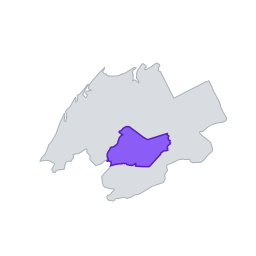 Ogooué-Lolo on a map of Gabon (Equal Earth projection), rotated 63°
{"feature_id": "GAB-2628", "entity_name": "Ogooué-Lolo", "entity_type": "Province", "adm_level": 1, "iso_a3": "GAB", "parent_name": "Gabon", "parent_adm1": "", "projection": "equal_earth", "projection_center": [12.559, -0.822], "detail": "fine", "context": "in_parent", "style": "filled", "palette": "violet", "viewbox_px": 256, "rotation_deg": 63, "n_neighbors": 0, "source": "natural_earth", "source_scale": "10m", "svg_char_len": 5795}
<svg xmlns="http://www.w3.org/2000/svg" viewBox="0 0 256 256"><g transform="rotate(63 128 128)"><path d="M166.0,38.7L165.9,40.8L164.1,45.9L163.3,49.9L163.1,54.1L163.6,57.5L164.4,60.0L165.0,62.6L164.6,64.4L163.7,65.2L164.3,66.2L165.6,66.4L167.8,65.6L171.1,64.2L175.6,62.1L178.5,61.0L183.3,61.7L185.8,62.5L187.1,63.9L188.6,70.0L189.3,70.9L190.4,73.5L191.4,76.6L191.6,78.2L191.5,79.3L190.5,81.0L189.4,83.5L189.0,84.9L188.1,86.1L187.0,87.1L183.7,87.6L183.3,88.2L182.4,90.9L180.7,93.1L179.9,95.2L179.2,98.0L179.3,101.5L179.0,106.5L178.7,109.9L179.5,111.0L183.3,111.9L184.1,112.5L185.1,114.6L186.4,116.6L189.9,117.8L191.3,119.3L192.4,121.0L192.5,122.3L191.7,127.8L191.0,133.0L191.3,137.0L191.5,140.7L192.0,146.3L191.8,149.6L190.8,151.7L190.8,153.3L191.2,155.2L190.4,160.6L189.8,161.5L188.2,162.5L187.4,164.0L187.1,166.2L186.3,169.3L185.4,170.5L185.4,171.9L186.3,173.0L186.2,174.6L184.7,176.5L183.7,178.0L181.6,178.7L179.3,177.9L178.7,176.8L179.3,175.2L179.1,173.8L178.2,172.4L177.0,168.8L175.8,168.1L175.2,169.6L173.3,172.3L169.8,175.8L167.4,176.1L163.0,175.0L159.3,173.3L157.5,169.2L156.4,165.8L154.8,161.9L153.1,160.0L151.2,158.8L150.3,158.7L147.6,160.9L146.8,161.8L146.8,163.6L147.0,165.3L147.5,166.2L147.8,167.3L147.7,169.0L147.3,171.3L147.1,173.8L138.6,176.3L137.1,175.4L136.0,174.3L134.7,174.5L131.0,175.8L129.7,174.9L128.3,174.2L127.7,174.8L127.6,175.9L128.3,181.8L128.1,184.1L127.2,187.1L126.8,189.1L129.1,189.6L129.9,190.6L130.7,192.1L131.8,193.5L131.8,194.3L130.6,195.9L130.2,197.8L130.8,199.3L132.3,200.9L134.6,202.5L135.7,203.6L135.5,204.5L134.5,206.6L134.1,208.4L133.4,210.0L133.5,211.4L134.6,212.8L134.4,214.0L133.8,214.9L132.4,214.7L131.2,214.9L130.1,214.5L126.8,209.8L126.1,209.6L121.2,213.3L120.0,214.8L119.1,216.9L117.7,221.5L115.5,218.8L113.6,213.9L111.4,210.9L106.8,206.0L105.6,202.4L100.2,194.4L92.6,186.4L87.1,179.5L86.3,178.0L87.2,178.2L92.5,181.6L93.2,181.2L93.9,180.5L91.6,178.6L89.4,177.2L87.3,176.3L85.2,176.4L84.1,175.0L83.3,172.7L83.0,170.8L82.0,168.8L79.1,164.7L78.4,163.2L76.8,161.0L77.8,160.7L80.9,162.8L81.2,162.0L80.9,160.7L77.8,158.8L76.1,158.7L75.7,157.3L75.9,155.7L73.6,149.7L71.3,145.2L70.9,143.1L77.2,152.8L78.1,153.0L79.2,152.9L81.8,151.8L81.3,150.5L80.1,149.1L79.0,149.8L77.5,149.9L76.7,149.3L76.4,148.3L77.9,143.6L77.2,143.8L76.7,144.7L75.9,145.1L74.7,145.3L71.6,142.8L68.8,136.0L68.1,134.6L67.4,132.2L66.6,131.2L63.5,121.5L64.7,122.2L66.1,125.0L68.9,124.5L70.0,122.8L71.0,122.9L71.9,122.5L73.2,121.0L76.7,114.3L77.7,105.5L77.4,100.2L76.8,95.0L78.0,93.4L78.5,94.5L78.7,96.3L79.3,97.7L80.6,98.9L82.9,99.2L86.6,101.2L87.9,102.4L88.3,100.0L92.5,97.9L91.2,97.1L87.5,97.9L82.3,94.8L80.6,92.8L79.0,89.1L77.4,87.1L77.5,85.3L81.2,83.7L82.1,83.9L82.5,85.9L83.5,86.6L83.9,86.4L84.1,84.7L84.1,80.3L83.0,73.9L83.3,72.7L84.3,72.2L85.2,71.4L85.8,71.2L87.1,71.4L87.7,72.9L88.1,73.7L89.3,74.1L90.4,74.8L91.3,74.6L92.0,73.7L93.1,73.5L96.4,73.5L99.5,73.5L105.6,73.6L111.6,73.6L117.7,73.6L122.3,73.6L122.3,70.0L122.2,64.4L122.2,57.7L122.2,51.4L122.2,45.5L122.1,38.5L122.4,36.5L122.7,35.7L122.6,34.5L127.3,34.5L135.8,35.0L139.5,34.9L140.5,35.0L145.2,34.6L149.0,35.1L150.5,35.6L152.0,35.8L156.5,36.1L162.4,35.7L164.4,35.8L165.5,36.8L166.0,38.7Z" fill="#d9dde1" stroke="#a8b0b8" stroke-width="1"/><path d="M153.7,160.6L152.2,159.2L151.2,158.7L150.1,158.7L149.9,158.8L148.8,159.8L148.7,160.0L148.4,160.5L148.4,160.8L148.4,161.1L148.3,161.4L148.0,161.7L147.6,161.5L147.2,160.9L147.3,160.2L147.1,159.8L147.0,159.7L146.8,159.6L146.6,159.6L145.0,159.8L144.8,159.8L142.0,158.5L141.8,158.3L140.4,156.8L140.1,156.3L138.6,153.6L138.4,153.4L138.2,153.3L138.0,153.1L137.8,152.9L137.5,152.2L137.5,151.8L137.5,151.6L137.5,151.4L137.6,151.2L137.8,150.9L137.9,150.7L138.0,150.5L138.1,150.4L138.1,150.1L138.2,149.4L138.1,148.3L137.8,146.9L137.7,146.5L137.7,146.0L137.7,145.8L137.6,145.5L136.8,144.2L136.3,143.5L136.1,143.4L135.3,142.9L135.1,142.7L134.3,141.7L133.2,140.6L132.8,140.1L132.0,138.6L131.9,138.3L131.7,137.4L131.6,136.7L131.7,136.3L131.7,136.0L131.7,135.8L131.4,135.7L131.2,135.8L129.4,137.2L128.8,137.4L128.3,137.7L128.1,137.8L127.9,137.8L127.4,137.6L127.2,137.5L127.1,137.2L127.0,136.7L127.1,136.1L127.1,135.6L127.1,135.0L127.0,134.6L126.9,134.0L126.8,133.9L126.3,133.2L126.2,132.9L126.1,132.6L126.1,132.3L126.0,131.5L125.9,131.0L125.9,130.7L126.0,129.0L126.1,128.6L126.3,128.2L126.9,127.3L127.3,126.4L143.8,118.2L147.3,115.8L150.7,95.5L150.8,95.4L151.0,95.6L151.2,95.8L151.3,96.1L151.6,96.2L151.8,96.3L152.0,96.2L153.4,95.3L153.7,95.3L154.0,95.5L154.3,96.0L154.5,96.2L154.6,96.5L154.8,96.7L155.1,96.8L155.5,96.8L156.1,96.9L156.7,97.2L157.0,97.2L157.3,97.1L157.6,96.9L158.2,96.2L158.4,96.2L158.8,96.6L159.2,96.9L159.4,97.1L159.5,97.1L159.9,97.2L160.5,97.0L161.0,97.6L161.4,97.9L161.5,98.2L161.5,98.8L162.0,100.6L162.1,100.8L162.2,101.1L163.1,101.6L163.3,101.8L163.5,102.0L163.8,102.0L164.4,102.0L164.6,102.1L164.9,102.3L165.1,102.5L165.3,102.5L165.7,102.5L165.7,104.0L165.1,105.5L164.6,106.6L164.4,106.9L164.5,107.1L164.6,107.3L164.8,107.6L165.0,108.8L165.0,109.5L165.1,109.8L165.2,110.2L165.4,110.4L165.6,110.5L165.8,110.6L166.0,110.7L166.2,110.9L171.8,125.7L171.9,126.4L171.9,126.9L169.1,132.4L165.5,138.4L165.4,138.5L165.2,138.6L164.8,138.2L163.2,137.1L163.0,137.3L163.0,137.5L163.2,138.7L163.3,139.8L163.3,141.0L163.2,141.6L163.0,142.0L162.8,142.1L162.6,142.3L162.3,142.6L162.0,143.4L161.8,143.7L161.4,143.9L161.2,144.0L161.0,144.3L160.7,144.8L160.5,145.1L160.3,145.4L160.1,145.6L159.9,145.7L159.7,145.7L159.4,145.6L159.2,145.7L158.6,146.1L158.3,146.4L158.2,146.9L158.0,147.3L157.9,147.5L157.6,147.7L157.4,148.0L157.2,148.4L157.2,148.7L157.1,149.6L157.0,149.9L156.9,150.3L156.7,150.6L156.6,150.9L156.5,151.1L156.1,151.8L154.5,156.4L154.4,156.7L154.5,157.3L154.5,157.6L154.2,158.5L154.0,159.3L153.7,160.4L153.7,160.6Z" fill="#8b5cf6" stroke="#5b21b6" stroke-width="1.5"/></g></svg>